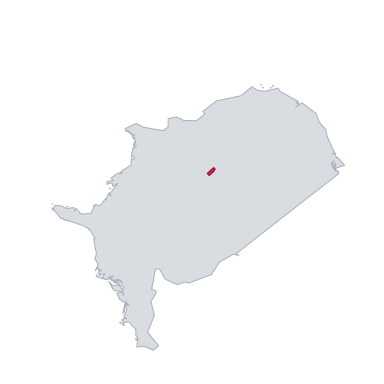 Kiowa, Colorado, United States of America shown in context, rotated 138°
{"feature_id": "52423323B14805582896473", "entity_name": "Kiowa", "entity_type": "district", "adm_level": 2, "iso_a3": "USA", "parent_name": "United States of America", "parent_adm1": "Colorado", "projection": "orthographic", "projection_center": [-102.553, 38.44], "detail": "fine", "context": "in_parent", "style": "filled", "palette": "rose", "viewbox_px": 384, "rotation_deg": 138, "n_neighbors": 0, "source": "geoboundaries", "source_scale": "gbopen_adm2", "svg_char_len": 4058}
<svg xmlns="http://www.w3.org/2000/svg" viewBox="0 0 384 384"><g transform="rotate(138 192 192)"><path d="M302.5,125.5L318.9,117.6L319.6,100.2L326.6,100.3L330.6,109.2L336.7,113.7L331.4,118.5L331.8,120.3L329.9,118.6L329.8,122.9L325.8,127.3L325.8,137.8L330.1,140.6L331.9,139.3L330.7,137.8L331.7,138.4L332.5,140.3L327.4,143.7L325.6,142.0L326.0,145.1L319.6,148.1L315.8,153.6L315.7,151.3L314.7,150.1L314.9,155.6L316.7,156.0L317.5,160.4L315.7,167.0L311.0,164.8L312.2,160.6L310.4,163.8L312.5,167.3L314.7,169.0L315.7,171.4L313.7,181.7L313.5,175.7L308.5,171.5L309.2,165.2L306.2,167.9L309.7,175.8L305.6,174.3L304.5,175.0L304.9,172.0L304.6,171.3L304.0,173.7L304.4,175.4L310.5,177.1L309.7,178.9L306.6,176.7L305.6,176.5L309.5,179.1L310.9,179.4L310.7,181.7L308.7,180.5L312.0,182.9L311.5,183.6L309.9,182.3L306.5,182.5L311.3,184.4L313.8,183.5L318.3,190.3L314.6,185.2L316.3,188.8L311.3,189.4L315.7,192.1L317.1,190.5L315.8,194.6L310.9,194.8L314.2,195.8L312.2,198.2L315.4,198.6L310.3,201.0L308.9,207.3L304.2,210.2L296.7,222.9L295.2,222.1L293.2,232.3L293.4,234.7L296.3,241.4L307.2,260.5L306.5,272.1L302.8,273.7L298.1,268.7L296.6,264.0L290.3,259.5L291.8,256.6L289.1,257.3L289.1,249.7L281.6,243.8L272.2,247.5L269.8,243.5L260.1,244.9L261.1,243.0L259.7,244.9L255.4,246.4L254.9,243.1L254.5,245.6L241.1,248.2L247.0,249.1L245.4,252.4L250.1,254.7L248.0,256.6L242.8,253.3L242.8,256.5L235.9,256.0L231.8,252.6L229.7,254.8L219.7,252.8L214.2,257.6L215.6,256.3L212.4,255.5L211.2,260.9L205.3,264.7L206.7,263.6L202.7,263.3L204.1,265.0L199.6,267.6L198.0,273.5L195.9,272.7L197.8,274.1L198.3,279.5L200.3,282.6L199.0,283.8L187.5,280.2L184.7,272.5L172.5,257.1L166.4,256.2L160.6,262.4L153.4,258.2L150.3,250.9L141.1,242.0L130.2,241.4L130.0,244.6L112.6,243.3L91.3,230.8L76.8,230.0L75.6,224.2L70.3,218.0L58.7,211.7L59.3,207.8L52.5,188.4L53.2,186.7L54.8,189.4L54.2,185.3L58.6,185.9L50.5,184.6L47.3,167.0L50.7,158.8L50.8,148.7L54.3,143.0L59.9,125.5L63.3,126.8L59.6,125.0L62.0,120.5L60.6,120.2L60.8,109.7L69.1,113.5L66.0,118.3L69.8,115.2L68.4,119.6L66.1,120.2L67.5,120.7L69.6,119.2L71.3,114.9L70.6,107.5L200.2,116.6L200.0,113.9L202.9,118.1L218.3,121.5L232.8,117.7L255.4,126.5L257.0,129.5L265.1,133.2L270.2,145.2L267.6,156.4L270.7,159.2L286.9,146.8L284.9,142.3L286.3,141.1L295.8,138.0L302.5,125.5ZM322.3,149.5L325.0,147.9L315.8,154.4L323.0,147.9L322.3,149.5ZM70.2,111.9L70.7,114.9L70.5,115.4L69.4,112.9L70.2,111.9ZM200.1,281.7L198.4,277.1L198.4,274.4L198.7,277.2L200.1,281.7ZM332.2,118.6L332.8,120.0L332.2,119.8L332.2,118.6ZM232.1,254.0L232.5,255.0L231.3,254.3L232.1,254.0ZM62.7,217.0L64.2,216.6L64.3,216.8L62.7,217.0ZM61.3,216.3L60.6,216.9L60.2,216.2L61.3,216.3ZM330.0,143.0L329.6,144.1L329.3,144.0L330.0,143.0ZM199.2,271.9L198.4,274.1L200.3,269.8L199.2,271.9ZM303.9,254.2L306.0,257.9L303.6,253.8L303.9,254.2ZM69.4,221.8L69.9,223.1L69.3,221.9L69.4,221.8ZM307.2,272.6L306.2,274.2L307.7,271.0L307.2,272.6ZM319.4,192.8L318.7,194.8L318.6,190.6L319.4,192.8ZM69.6,109.4L69.4,110.2L69.0,109.7L69.6,109.4ZM204.2,265.9L202.1,267.0L204.3,265.6L204.2,265.9ZM332.8,142.3L333.1,143.3L332.2,143.4L332.8,142.3ZM68.9,225.0L69.2,226.5L68.7,225.1L68.9,225.0ZM201.6,267.8L200.8,268.4L201.5,267.5L201.6,267.8ZM315.7,173.2L315.1,175.8L315.6,172.4L315.7,173.2ZM213.6,258.6L212.3,259.5L214.2,257.9L213.6,258.6ZM293.7,233.4L293.8,235.1L293.4,234.0L293.7,233.4ZM315.9,198.8L315.5,199.2L316.4,197.6L315.9,198.8ZM275.6,246.4L274.1,247.6L273.4,247.6L275.6,246.4ZM254.7,246.2L254.4,246.6L253.5,246.7L254.7,246.2ZM294.9,264.6L295.3,265.7L294.5,264.4L294.9,264.6ZM250.7,249.3L250.6,250.5L250.3,248.5L250.7,249.3ZM304.0,276.4L303.1,276.7L304.3,276.1L304.0,276.4ZM317.5,161.2L317.2,162.4L317.5,160.7L317.5,161.2ZM317.8,195.4L317.4,195.9L317.8,195.4Z" fill="#d9dde1" stroke="#a8b0b8" stroke-width="1"/><path d="M161.6,192.9L161.5,193.6L159.7,193.6L159.6,194.9L159.7,195.4L160.2,195.4L163.5,195.5L164.0,195.5L164.1,195.4L164.1,195.5L168.0,195.4L168.0,195.1L168.0,194.6L168.0,194.4L168.0,194.1L168.0,193.7L168.0,193.4L168.0,193.2L168.0,192.9L167.9,192.9L162.2,192.9L161.6,192.9Z" fill="#f43f5e" stroke="#9f1239" stroke-width="1.5"/></g></svg>